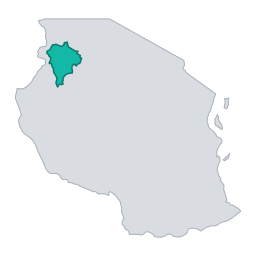 Geita highlighted on a map of United Republic of Tanzania
{"feature_id": "TZA-5586", "entity_name": "Geita", "entity_type": "Region", "adm_level": 1, "iso_a3": "TZA", "parent_name": "United Republic of Tanzania", "parent_adm1": "", "projection": "mercator", "projection_center": [31.619, -3.252], "detail": "fine", "context": "in_parent", "style": "filled", "palette": "teal", "viewbox_px": 256, "rotation_deg": 0, "n_neighbors": 0, "source": "natural_earth", "source_scale": "10m", "svg_char_len": 4734}
<svg xmlns="http://www.w3.org/2000/svg" viewBox="0 0 256 256"><path d="M88.1,189.7L84.8,188.0L81.8,186.9L79.3,185.8L78.2,184.6L75.9,184.2L74.0,184.0L72.1,182.9L68.3,182.5L67.9,181.8L67.8,180.2L67.2,179.8L65.8,179.4L64.3,179.4L63.4,179.6L62.9,179.5L61.7,178.6L60.5,177.4L60.1,175.5L58.3,174.3L56.4,173.4L50.8,173.5L49.9,173.2L48.6,172.2L47.1,170.6L45.8,168.8L44.7,166.4L43.6,163.1L37.3,149.9L36.6,147.5L35.4,144.7L33.3,141.3L31.2,138.8L28.3,136.5L25.0,134.3L23.2,132.7L19.8,126.6L19.1,123.7L18.5,120.7L18.7,119.5L20.9,115.6L21.1,114.6L20.8,113.1L19.8,110.0L18.5,106.3L15.8,99.5L15.4,97.8L15.4,96.5L17.0,89.7L17.0,88.7L23.3,88.8L28.0,85.8L32.0,81.3L32.8,79.5L34.5,76.6L36.1,75.1L36.7,74.1L37.6,71.3L39.8,69.3L41.8,67.8L41.4,66.8L41.7,66.4L42.8,65.6L45.0,64.9L45.5,63.4L45.4,61.7L45.1,60.7L45.2,59.6L44.8,59.0L43.4,58.9L41.3,58.0L39.5,57.7L38.3,57.2L37.8,56.8L37.6,55.8L38.6,53.1L37.6,52.1L39.8,47.7L40.2,47.2L41.0,47.1L42.3,46.7L43.5,46.4L44.5,46.6L45.2,46.4L45.8,45.9L46.3,44.5L46.8,42.0L46.5,40.0L45.6,38.4L45.4,36.1L45.8,32.9L45.5,30.3L44.5,28.1L43.4,26.9L41.8,26.3L39.3,23.1L38.6,21.5L38.7,20.5L39.6,20.1L41.1,20.3L42.6,19.9L44.0,19.0L45.4,18.8L46.1,18.9L109.5,18.9L183.6,60.3L183.9,60.8L184.5,64.3L184.4,65.5L183.2,67.6L182.9,68.7L182.9,69.4L183.2,69.7L184.1,69.8L185.0,70.3L185.3,70.7L185.9,72.2L186.7,73.0L214.9,93.3L215.5,93.6L215.1,95.3L213.5,99.5L213.4,101.2L212.8,103.2L212.2,104.6L210.6,110.4L209.2,112.6L207.4,117.7L207.1,121.6L208.1,124.4L208.5,126.9L210.7,129.5L212.4,130.4L213.6,131.5L215.7,134.1L216.9,136.8L220.6,138.1L222.1,141.0L221.5,143.1L219.8,144.8L218.2,147.5L216.9,151.1L216.8,156.6L217.7,155.8L219.7,157.1L220.0,161.2L217.9,165.9L217.3,168.1L217.2,170.0L218.7,175.7L220.9,178.6L220.8,179.5L220.2,180.2L224.0,185.3L223.7,189.8L225.1,193.2L225.8,196.3L226.7,198.6L226.9,200.1L225.7,201.9L228.5,202.4L230.2,203.8L230.9,205.2L233.0,205.1L234.1,206.1L235.6,206.8L239.1,209.2L240.1,210.3L240.6,211.4L231.0,218.8L227.6,220.7L225.1,221.5L222.4,222.0L219.9,223.2L217.5,225.0L214.5,225.9L210.8,225.9L206.9,227.2L200.8,231.0L197.2,228.9L194.4,228.2L191.2,228.3L189.2,228.5L188.5,229.0L187.9,230.3L187.4,232.4L185.3,234.4L181.6,236.4L178.1,237.1L175.0,236.6L172.9,235.8L171.8,234.7L170.2,234.2L168.0,234.2L166.0,235.1L164.0,236.6L160.9,237.2L156.6,237.0L154.2,236.3L153.9,235.0L152.0,233.5L148.6,231.8L146.0,231.8L144.4,233.4L142.9,234.5L141.6,234.9L140.4,234.9L138.6,234.5L133.8,234.3L129.3,234.4L128.9,232.0L127.9,230.6L127.1,229.7L125.6,229.5L125.1,228.8L124.6,227.4L123.9,226.1L122.8,225.1L122.2,224.1L122.0,223.2L122.2,222.3L123.1,219.8L123.4,218.2L123.3,216.5L122.8,214.8L121.7,212.7L121.9,212.1L121.5,210.7L121.5,209.7L121.7,208.5L121.5,206.9L120.5,203.4L120.5,202.5L119.6,200.8L116.6,196.9L116.4,196.4L111.7,192.4L109.8,191.5L109.2,192.3L108.9,193.0L109.1,194.3L109.0,194.9L108.8,195.2L107.7,195.1L107.0,195.0L105.2,193.9L103.8,193.7L100.4,193.8L99.2,194.1L98.2,193.9L96.4,192.0L94.3,191.6L92.3,191.6L89.2,189.5L88.1,189.7ZM221.1,123.7L222.6,128.1L222.4,128.9L221.3,129.4L220.8,129.4L220.1,128.7L219.6,127.3L218.8,127.6L217.4,125.9L216.0,125.8L214.7,123.7L215.2,121.9L214.9,118.8L216.4,117.2L217.3,114.5L218.3,116.4L218.5,119.2L219.8,122.5L221.1,123.7ZM228.5,98.0L228.7,99.0L228.3,100.0L228.4,103.0L228.3,105.1L227.1,107.9L226.2,108.9L225.4,108.6L224.7,108.1L224.1,107.4L225.2,102.2L224.7,98.4L226.8,98.8L228.5,98.0ZM225.4,160.5L224.3,160.8L223.9,160.5L223.2,159.6L224.4,158.9L225.5,157.5L228.2,155.4L229.4,153.8L229.2,155.4L227.7,158.9L226.4,159.1L225.4,160.5Z" fill="#d9dde1" stroke="#a8b0b8" stroke-width="1"/><path d="M57.7,86.8L57.0,85.8L56.6,84.7L56.5,84.3L56.3,84.0L56.2,83.4L56.0,82.8L56.1,81.8L56.8,79.9L56.9,78.9L56.5,77.3L55.3,74.6L54.2,73.5L53.7,72.2L53.6,70.8L53.4,70.1L53.4,69.5L53.4,68.7L53.1,68.1L52.6,67.4L52.2,66.7L51.7,65.3L51.5,63.8L50.4,63.0L50.0,63.2L49.8,63.6L49.5,63.6L49.3,63.4L49.4,62.3L50.1,61.1L50.7,59.6L50.7,58.1L50.6,57.9L50.4,57.9L50.2,57.6L50.2,57.3L49.8,56.4L48.9,56.1L48.7,54.8L47.7,53.9L46.7,52.9L47.4,50.9L49.7,49.9L52.6,44.8L53.3,44.9L54.6,44.7L55.7,44.3L56.6,44.5L60.7,46.2L62.1,46.3L63.1,45.3L64.0,44.8L64.0,44.6L64.3,44.1L64.2,43.7L64.1,43.1L64.4,42.7L65.8,42.6L67.0,42.1L67.4,43.3L67.5,44.3L67.6,45.0L68.0,45.4L68.2,45.8L68.2,46.3L68.5,47.0L69.1,47.4L70.6,48.2L71.9,49.1L72.8,49.6L73.8,50.0L74.4,50.8L77.9,51.4L76.8,53.5L80.3,55.5L79.8,57.0L81.6,58.5L79.8,63.3L79.2,63.5L77.9,64.1L77.3,64.6L76.8,65.1L76.5,65.8L75.9,65.7L75.3,65.3L75.2,64.5L74.5,64.1L73.8,64.3L73.1,64.8L72.3,66.0L71.8,67.3L72.1,69.4L72.5,71.4L72.2,73.0L70.4,73.1L68.3,73.4L66.2,74.4L64.4,76.0L63.2,77.7L63.0,78.9L63.2,80.4L62.4,81.6L62.1,82.2L62.3,82.6L62.7,82.8L62.9,83.3L63.1,83.9L61.7,84.6L59.7,84.4L58.9,84.6L58.4,85.3L58.2,86.1L57.7,86.8Z" fill="#14b8a6" stroke="#0f766e" stroke-width="1.5"/></svg>